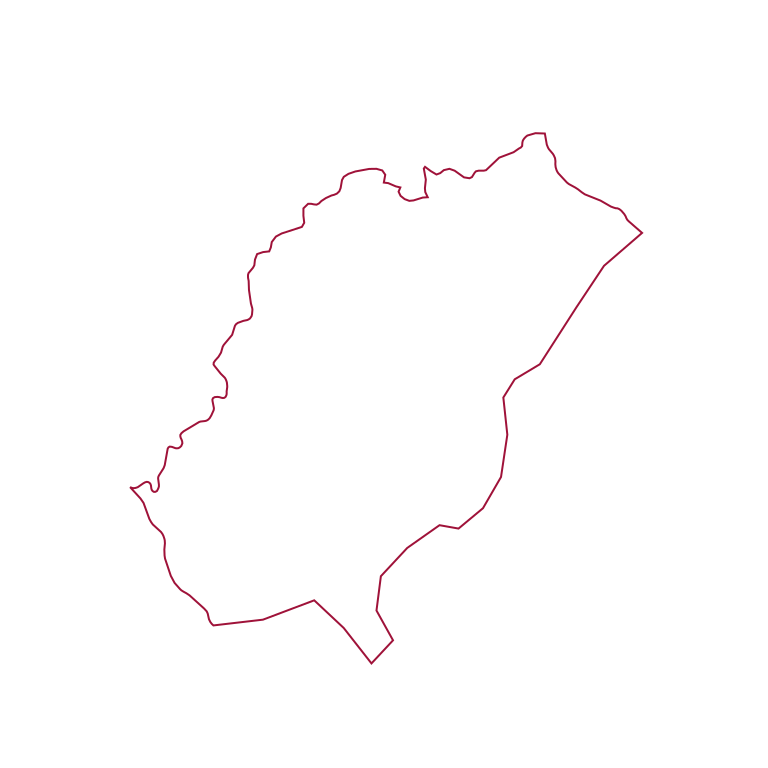 Vakinankaratra, Robinson projection, rotated 133°
{"feature_id": "MDG-5881", "entity_name": "Vakinankaratra", "entity_type": "Autonomous Province", "adm_level": 1, "iso_a3": "MDG", "parent_name": "Madagascar", "parent_adm1": "", "projection": "robinson", "projection_center": [46.868, -19.718], "detail": "fine", "context": "isolated", "style": "outline", "palette": "rose", "viewbox_px": 768, "rotation_deg": 133, "n_neighbors": 0, "source": "natural_earth", "source_scale": "10m", "svg_char_len": 3208}
<svg xmlns="http://www.w3.org/2000/svg" viewBox="0 0 768 768"><g transform="rotate(133 384 384)"><path d="M91.1,437.2L97.9,428.2L99.3,425.2L99.8,423.5L100.5,417.5L101.0,415.7L102.2,412.9L104.1,410.6L106.4,408.6L108.4,406.3L110.0,403.5L110.6,401.9L111.0,400.2L111.9,387.7L111.7,385.2L109.9,378.2L109.3,374.9L108.9,370.1L108.3,366.4L102.2,350.7L99.5,339.1L98.3,336.2L97.3,334.2L96.3,333.1L95.6,331.1L95.4,328.5L95.9,324.1L96.6,321.6L97.5,319.7L98.0,318.0L98.1,316.0L97.5,298.3L147.5,303.7L196.6,295.6L263.3,283.5L291.4,291.6L312.5,287.5L337.0,259.2L372.2,235.0L407.3,226.9L438.9,230.9L449.4,247.1L488.0,255.2L526.7,255.2L554.8,235.0L565.3,202.6L596.9,202.6L589.9,247.1L589.8,287.5L638.9,311.8L676.9,344.1L676.9,346.3L676.5,348.7L675.4,351.6L672.1,356.4L671.2,358.6L670.9,362.4L671.2,382.1L671.8,385.8L672.6,388.9L673.1,391.5L673.1,393.4L672.3,401.5L669.7,409.1L661.0,425.1L659.1,427.5L654.8,431.8L650.0,435.5L647.9,437.7L647.0,439.0L645.5,441.8L644.8,443.7L644.3,446.1L644.4,457.3L643.8,460.2L642.7,463.6L635.0,478.7L633.8,484.1L632.6,499.3L631.8,497.3L631.1,496.3L630.0,495.2L628.7,494.4L627.3,493.7L620.8,492.3L618.9,491.7L617.4,490.8L616.6,489.7L616.2,488.2L616.4,486.7L617.1,485.3L619.1,482.9L619.8,481.7L620.1,480.2L619.8,478.7L618.7,477.6L617.0,477.1L614.2,477.9L612.5,478.7L611.1,480.0L607.2,484.7L606.1,485.6L604.5,486.2L595.9,487.8L592.9,489.0L578.8,498.1L577.3,498.4L575.9,498.0L574.6,496.2L573.2,492.8L572.3,491.6L571.1,490.6L569.5,490.1L567.6,490.0L564.9,491.0L563.6,492.5L562.7,494.2L562.1,495.8L561.3,497.1L560.2,498.2L558.2,498.6L555.3,498.3L537.9,493.3L536.6,492.6L533.1,489.6L531.8,488.8L530.1,488.3L527.9,488.2L524.7,488.9L519.4,490.7L518.3,491.4L517.6,492.0L513.4,497.8L512.4,498.9L511.0,499.4L509.1,498.9L507.0,497.0L505.8,495.3L505.0,493.6L504.1,492.2L502.9,491.3L501.3,491.1L499.3,491.8L498.0,492.8L496.8,494.0L493.1,496.6L492.0,497.7L490.0,500.0L489.2,501.4L488.5,502.9L488.0,504.6L487.8,510.5L486.4,520.1L486.0,521.9L484.5,523.1L481.9,523.5L477.0,523.6L472.2,524.6L466.7,527.4L464.5,527.9L451.6,528.6L443.1,532.7L441.3,533.0L439.0,532.6L433.7,529.9L430.6,527.7L429.2,527.1L427.5,526.7L424.8,527.1L423.1,528.0L419.4,530.9L418.4,532.1L415.9,536.2L407.3,546.9L400.9,553.3L399.1,555.8L398.0,556.9L396.9,557.9L395.3,558.7L388.3,559.1L385.6,559.8L381.0,563.2L375.5,565.4L370.0,562.4L365.3,558.4L361.3,559.9L356.7,562.9L349.9,563.6L343.7,561.5L325.1,551.2L320.5,552.3L315.9,557.7L310.5,562.7L304.0,562.4L301.9,560.2L300.4,557.7L298.8,555.6L296.3,554.7L292.9,554.6L287.6,553.3L282.0,551.0L279.6,549.5L276.9,548.3L273.5,548.1L270.2,549.4L263.5,553.8L259.9,554.7L254.5,553.3L248.1,549.9L236.8,541.5L231.8,536.3L229.0,530.9L230.1,525.8L236.8,521.5L234.2,517.9L231.4,510.1L229.1,506.1L233.4,504.5L235.1,500.2L234.7,495.0L232.8,490.4L229.6,487.6L221.2,482.8L217.6,479.4L215.5,484.7L212.9,487.6L206.0,492.8L199.3,501.8L197.2,502.1L196.4,495.0L195.0,488.5L191.4,486.7L186.8,486.1L182.0,482.9L179.8,477.8L178.3,466.4L175.2,461.8L172.7,460.8L167.6,461.8L165.7,461.8L163.5,460.3L159.9,456.5L158.0,455.2L139.9,454.1L126.1,447.3L119.7,445.9L117.7,445.2L115.7,445.3L113.0,447.5L111.2,448.5L108.9,448.9L106.5,448.9L104.5,448.6L97.3,444.3L91.1,437.2Z" fill="none" stroke="#9f1239" stroke-width="2"/></g></svg>